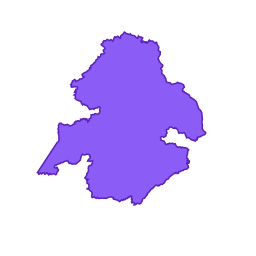 outline of Trairão, Pará, Brazil, rotated 123°
{"feature_id": "56859067B61979545771107", "entity_name": "Trairão", "entity_type": "district", "adm_level": 2, "iso_a3": "BRA", "parent_name": "Brazil", "parent_adm1": "Pará", "projection": "mercator", "projection_center": [-55.947, -5.107], "detail": "fine", "context": "isolated", "style": "filled", "palette": "violet", "viewbox_px": 256, "rotation_deg": 123, "n_neighbors": 0, "source": "geoboundaries", "source_scale": "gbopen_adm2", "svg_char_len": 5860}
<svg xmlns="http://www.w3.org/2000/svg" viewBox="0 0 256 256"><g transform="rotate(123 128 128)"><path d="M189.2,81.2L188.4,80.1L185.9,79.0L185.3,76.9L184.0,76.2L181.1,76.4L180.6,76.9L179.7,77.0L178.6,76.7L177.8,75.8L177.1,76.0L173.3,75.5L172.6,76.1L170.0,75.4L166.3,75.2L165.6,74.5L161.2,73.7L160.7,73.4L160.3,71.6L159.6,71.4L159.7,70.6L157.2,69.8L156.5,68.4L155.0,68.2L154.5,67.7L152.9,67.7L152.5,68.0L150.2,67.6L148.5,66.3L146.9,66.6L142.6,65.2L140.3,64.1L140.1,63.4L139.6,63.8L139.1,63.4L139.2,62.0L138.5,61.0L137.9,61.5L136.7,61.4L136.5,60.8L134.0,59.3L133.3,58.5L132.7,58.5L131.5,57.7L130.3,56.2L128.1,55.8L127.1,56.7L125.7,59.5L124.9,59.7L124.5,59.2L124.7,58.2L124.4,57.8L122.4,58.4L122.2,58.7L123.0,60.5L121.6,60.5L121.3,60.9L121.5,62.2L120.4,62.6L119.4,63.7L118.2,63.6L114.7,65.3L113.4,65.1L113.2,66.3L112.8,66.7L113.2,68.9L114.3,70.6L114.4,71.9L115.5,72.3L115.2,73.3L115.9,74.7L116.9,75.6L116.9,77.7L115.5,79.9L116.5,81.1L116.5,82.3L117.6,83.4L118.2,85.1L119.5,85.5L119.9,86.4L120.6,86.5L121.2,87.4L119.3,90.6L120.3,93.5L119.4,94.2L118.6,95.5L117.0,95.2L116.3,94.2L116.4,93.0L113.9,91.8L112.5,92.6L110.9,92.5L109.1,94.7L108.4,94.8L107.1,93.6L104.5,93.5L103.9,93.1L103.4,89.2L102.4,88.7L102.4,87.8L101.9,87.7L102.6,85.0L104.6,82.8L104.6,82.2L103.7,81.5L102.4,79.1L101.6,78.8L101.4,78.2L101.8,76.7L103.2,75.4L103.2,74.7L104.4,73.5L103.0,71.8L103.4,68.6L103.2,67.4L102.4,66.5L102.7,65.5L102.2,64.4L101.4,64.9L100.9,64.0L100.0,63.6L99.0,64.5L98.7,64.0L97.4,64.5L97.0,64.4L96.6,63.1L96.1,62.7L93.4,61.4L91.9,60.2L90.5,59.9L89.4,60.5L89.3,62.8L88.5,64.8L87.1,66.0L85.1,67.1L82.7,69.4L80.1,70.4L75.0,74.5L73.7,76.8L73.4,79.1L68.7,85.0L68.1,88.6L68.4,90.1L68.0,91.0L68.4,92.8L67.2,94.2L66.8,95.2L67.3,97.2L67.0,98.6L67.7,100.2L66.8,100.9L66.8,101.4L67.4,102.2L66.6,102.9L65.4,103.3L63.1,103.0L61.6,104.8L61.7,107.8L62.6,109.8L62.6,111.2L64.6,112.2L67.7,115.2L67.1,117.5L68.4,119.7L68.2,121.2L65.9,123.3L65.5,124.7L64.6,125.5L63.9,129.4L61.2,130.9L60.4,132.9L59.8,133.1L58.3,132.4L56.7,132.8L56.3,133.3L56.3,134.3L55.3,137.9L54.0,139.3L53.9,140.3L51.5,141.0L49.0,141.0L46.5,142.4L46.5,144.8L43.4,146.2L42.0,149.4L40.6,150.6L40.8,151.1L42.0,151.5L41.6,154.6L42.9,156.8L42.5,157.9L43.0,158.2L45.8,157.9L45.6,159.2L46.1,159.7L46.5,159.2L47.0,159.2L47.1,159.7L46.4,160.5L46.9,161.1L46.9,162.9L48.5,162.5L48.8,163.0L48.4,164.4L44.4,164.8L44.6,166.8L45.4,167.7L45.1,169.4L47.5,168.9L47.8,170.7L47.2,171.5L47.2,173.2L48.3,175.8L47.7,177.4L49.2,178.1L49.1,179.4L49.7,180.9L49.4,183.1L49.9,183.4L51.4,183.2L54.5,184.3L56.6,183.4L57.2,184.6L56.5,185.5L56.8,186.7L58.2,187.2L59.0,188.1L58.6,188.6L58.8,188.9L63.4,188.1L63.1,190.5L64.7,191.1L65.1,193.7L67.3,194.2L67.7,195.7L69.2,195.9L69.9,195.3L72.4,196.1L72.9,195.6L73.0,192.5L73.7,190.8L74.5,190.5L76.1,191.2L76.9,190.6L78.0,188.5L78.9,188.6L80.4,190.7L81.2,190.9L82.3,190.1L84.3,190.4L84.4,191.9L86.7,191.0L88.0,191.8L91.0,191.4L92.3,192.1L93.2,192.0L96.2,193.2L97.8,191.9L98.4,193.0L100.1,192.1L101.9,193.1L103.5,193.3L105.2,194.6L107.9,195.7L109.0,194.9L109.2,194.0L108.8,193.0L109.1,192.7L111.9,193.5L113.2,195.2L113.9,195.1L117.1,196.8L117.3,197.4L116.6,197.9L116.3,199.1L119.0,200.2L119.6,199.6L121.2,199.8L122.3,199.4L122.9,199.6L123.1,198.5L124.4,198.2L124.4,197.4L122.1,194.7L121.2,193.0L121.3,192.5L123.0,191.7L123.9,192.8L124.6,192.3L125.5,192.6L127.1,192.3L126.1,191.1L127.4,190.5L129.6,191.1L129.2,190.2L130.9,188.8L132.1,188.5L132.3,186.2L131.4,181.8L132.3,181.1L133.4,178.6L131.9,178.0L132.2,176.4L131.5,174.5L133.4,170.2L130.7,167.8L130.9,166.7L129.5,166.6L127.5,164.3L126.7,164.4L126.0,164.0L126.0,162.9L126.5,162.1L128.2,161.8L129.5,160.4L131.3,160.2L133.0,161.0L134.0,163.6L135.2,163.6L135.5,164.4L137.2,166.1L138.2,165.3L140.2,164.7L141.8,165.6L143.1,164.6L144.6,165.0L144.0,165.3L143.4,166.8L142.8,167.3L143.2,168.5L144.1,168.1L143.9,168.8L144.4,169.3L144.0,170.1L144.7,170.9L145.9,171.1L145.8,171.5L146.5,172.6L147.3,171.8L148.9,172.5L148.9,173.4L149.6,174.5L150.7,174.6L150.9,175.5L152.6,175.9L153.6,174.9L154.3,175.9L155.8,176.2L157.8,177.7L158.0,180.8L159.0,181.2L159.3,182.2L160.2,182.8L160.6,185.8L160.4,186.9L161.5,188.0L164.0,187.7L164.7,186.8L167.1,186.1L167.5,185.2L169.2,184.4L168.8,184.1L169.0,183.7L170.5,183.5L172.2,181.7L174.8,180.0L175.0,179.6L177.1,178.9L178.8,179.5L214.8,179.7L214.5,178.8L215.4,177.7L214.8,177.2L213.5,177.1L213.7,175.5L213.0,175.2L212.2,175.3L211.2,174.1L211.9,173.3L212.1,172.6L211.4,172.0L209.8,171.8L209.7,171.4L210.6,169.0L210.1,168.7L208.8,168.8L208.9,167.1L207.1,165.9L206.5,164.4L206.5,163.1L205.4,162.9L203.4,163.6L202.0,163.2L200.9,163.6L200.4,165.4L199.6,165.9L199.6,166.3L200.7,166.5L201.4,168.3L198.7,168.9L198.1,167.8L196.8,167.4L194.8,165.6L193.3,165.0L192.5,163.9L190.3,162.8L189.3,161.7L188.4,161.4L188.5,160.6L189.7,158.2L189.6,157.8L188.8,157.4L188.9,155.7L188.4,154.5L187.4,153.9L186.7,152.1L181.1,150.5L176.8,152.0L174.6,151.8L174.8,151.0L174.2,149.6L172.1,147.9L171.5,146.4L171.6,145.7L172.4,144.9L172.2,144.4L172.8,143.8L174.0,143.5L176.2,144.0L177.8,143.8L176.9,142.5L176.8,141.6L175.1,140.3L174.9,139.6L175.4,139.3L179.1,138.5L180.7,139.9L181.9,140.1L183.7,139.3L184.6,138.3L187.1,137.4L188.6,137.7L190.0,136.9L193.4,137.0L193.6,135.2L192.9,134.2L192.8,133.3L194.4,134.2L195.7,132.7L196.6,132.4L196.6,130.2L199.3,128.3L200.6,128.6L201.0,129.3L201.4,129.1L200.6,127.1L201.1,126.3L201.4,123.8L202.1,122.7L205.1,121.3L205.8,120.4L205.5,119.6L204.0,118.9L204.4,117.6L204.3,116.3L203.1,116.1L202.8,115.7L203.3,114.6L200.9,111.5L198.8,107.8L196.1,106.1L194.8,104.3L194.8,102.9L194.3,102.3L195.3,101.9L195.5,101.4L194.2,97.4L194.3,94.9L191.7,94.1L191.6,92.9L190.4,92.9L190.0,92.6L190.1,91.8L189.4,91.3L188.0,91.3L187.7,90.4L187.1,90.0L185.7,90.2L185.5,89.3L183.5,88.9L183.7,87.3L184.5,87.3L185.9,86.2L185.5,85.6L188.3,84.7L188.7,83.9L187.6,83.8L187.5,81.6L187.7,81.3L189.2,81.2Z" fill="#8b5cf6" stroke="#5b21b6" stroke-width="1.5"/></g></svg>